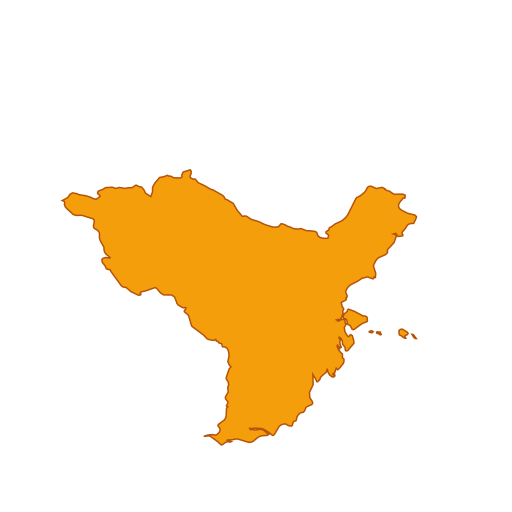 the border of Kalimantan Barat, rotated 231°
{"feature_id": "IDN-1228", "entity_name": "Kalimantan Barat", "entity_type": "Province", "adm_level": 1, "iso_a3": "IDN", "parent_name": "Indonesia", "parent_adm1": "", "projection": "orthographic", "projection_center": [110.805, -0.499], "detail": "fine", "context": "isolated", "style": "filled", "palette": "amber", "viewbox_px": 512, "rotation_deg": 231, "n_neighbors": 0, "source": "natural_earth", "source_scale": "10m", "svg_char_len": 6166}
<svg xmlns="http://www.w3.org/2000/svg" viewBox="0 0 512 512"><g transform="rotate(231 256 256)"><path d="M148.7,101.8L147.6,105.0L146.0,107.8L144.5,109.9L142.3,111.7L141.8,113.4L142.1,116.4L143.4,118.6L144.8,119.5L147.5,119.5L148.5,119.9L148.8,121.0L148.5,128.5L149.5,130.8L150.6,132.3L155.9,136.9L156.3,137.5L156.5,139.2L158.0,138.6L158.4,139.0L159.5,141.6L160.5,142.4L164.0,142.4L165.1,142.9L165.9,143.9L167.7,148.7L171.7,151.4L173.0,153.6L175.5,155.1L179.0,155.5L180.1,156.1L185.2,164.2L185.6,166.8L187.8,166.6L191.6,167.6L195.1,171.9L197.4,173.7L200.1,175.0L203.0,175.4L205.5,174.2L206.5,172.8L209.4,174.1L211.9,172.4L213.2,172.6L215.2,171.6L216.3,172.3L216.7,172.0L216.9,170.4L217.5,169.5L220.8,166.7L222.4,165.9L228.0,165.4L241.4,162.0L242.6,162.1L251.9,166.0L253.2,166.1L257.8,165.2L258.4,165.7L259.6,169.0L260.4,168.6L261.8,166.6L266.8,164.7L268.7,164.7L275.1,166.9L278.7,166.0L283.9,159.7L287.7,158.5L292.5,158.5L294.8,158.0L298.4,148.2L300.5,143.8L300.1,142.6L298.8,142.6L298.5,142.1L298.9,140.6L300.0,139.7L306.9,136.4L313.1,135.3L315.9,133.0L317.4,132.6L335.2,133.5L337.1,134.0L339.2,132.1L340.3,131.7L343.5,132.5L347.4,132.5L349.8,133.6L350.4,134.5L350.4,135.8L349.4,138.3L346.7,140.6L346.3,141.2L346.5,141.7L352.0,140.6L354.3,140.8L356.5,141.8L358.4,143.3L365.4,144.5L368.3,145.5L372.7,149.0L375.4,149.1L379.0,147.8L380.3,147.8L381.6,148.5L384.6,152.1L386.3,152.9L387.7,152.6L397.2,146.3L400.8,141.7L403.2,140.1L411.8,138.8L414.2,138.7L416.4,139.4L418.2,141.2L419.0,141.4L421.0,140.3L420.0,146.0L420.1,147.8L421.0,150.0L420.6,153.1L417.3,155.9L415.3,156.9L409.7,161.8L405.6,164.5L402.6,165.9L400.9,167.3L400.5,168.7L400.5,172.4L401.1,172.7L404.1,172.2L405.2,173.0L405.5,173.8L405.6,174.8L404.3,178.4L403.7,182.3L399.8,187.7L397.2,189.2L396.4,190.2L395.3,192.9L391.0,196.7L389.3,199.9L387.1,202.7L386.7,207.1L386.2,207.7L384.1,208.4L381.5,210.5L377.6,210.5L374.3,209.7L368.4,211.6L371.0,216.0L374.0,218.4L374.8,219.5L376.3,223.2L377.7,230.5L375.8,233.9L374.4,238.0L373.0,238.5L371.6,240.1L368.5,241.3L364.1,246.5L364.1,248.3L365.9,249.6L367.1,252.3L364.3,259.2L362.5,258.9L360.8,257.3L359.5,255.0L358.1,254.3L355.4,255.4L354.0,257.2L349.3,257.2L342.6,260.5L336.5,262.7L334.4,264.2L323.8,268.3L322.2,268.4L319.6,267.9L317.5,269.1L311.2,271.4L303.6,270.2L295.6,270.3L294.7,271.2L294.3,272.4L292.8,273.7L287.4,275.4L281.1,279.7L274.4,282.9L268.5,286.9L267.1,288.1L264.9,291.2L264.7,292.8L265.3,295.4L264.8,296.4L262.1,298.2L258.9,299.3L257.8,300.4L254.4,302.0L252.9,303.1L250.4,305.7L249.1,308.2L244.0,311.1L240.8,314.7L237.6,317.6L236.0,318.0L232.8,316.9L230.3,317.4L228.1,318.8L225.2,322.0L224.7,323.0L224.9,323.6L226.6,325.6L229.8,324.8L230.6,325.4L230.8,326.1L230.4,328.9L231.6,330.3L231.7,331.2L231.2,333.5L231.1,337.7L229.3,344.8L229.4,349.9L230.3,353.3L237.8,369.8L238.0,371.2L237.2,374.7L237.2,380.2L237.8,382.8L239.1,385.5L239.2,387.3L237.8,389.4L232.8,391.9L229.9,397.3L227.1,398.5L227.0,398.1L225.6,398.4L222.4,400.5L217.3,402.0L211.6,409.1L209.4,410.2L207.5,408.5L207.4,407.9L208.3,407.1L207.5,402.4L206.7,400.0L205.0,398.0L202.7,397.4L200.2,397.9L194.0,400.6L187.9,405.2L185.6,405.5L184.3,403.7L182.1,399.1L184.1,396.2L184.7,394.3L184.6,392.6L183.5,389.9L182.5,384.6L182.1,383.9L179.9,383.4L179.3,382.7L181.8,378.6L185.7,378.9L186.7,376.6L184.6,377.9L183.1,377.5L179.5,371.7L178.3,362.9L177.8,361.7L176.2,360.7L175.7,359.7L175.6,357.4L177.6,349.8L177.3,347.2L175.4,342.6L174.4,341.0L167.1,338.1L164.2,335.3L165.4,334.5L164.6,333.7L164.6,332.5L169.5,329.5L171.9,324.5L172.4,319.4L174.0,311.8L174.1,309.2L173.5,306.6L172.5,304.1L171.6,303.0L167.7,301.8L166.8,300.9L167.0,299.7L165.7,299.3L165.2,298.0L166.1,293.6L166.0,292.7L162.1,291.1L160.1,291.1L159.3,290.4L158.5,288.6L157.1,287.9L154.4,284.0L154.0,283.2L154.0,281.0L155.5,279.2L155.8,278.2L154.0,278.7L153.4,279.3L152.8,282.8L150.6,285.0L147.8,283.1L146.3,283.4L144.9,279.6L141.6,277.7L139.4,277.1L135.7,276.8L134.9,277.6L135.5,279.0L135.2,280.2L133.5,280.7L129.3,279.0L126.5,277.2L124.8,267.8L125.2,266.7L125.8,266.1L126.8,266.2L128.9,267.7L133.0,267.8L135.8,269.6L138.1,270.2L140.1,269.9L140.6,269.5L140.4,269.0L137.7,268.8L136.7,267.3L134.8,265.9L131.4,264.9L131.4,264.5L132.2,264.1L131.4,262.9L135.5,263.3L135.5,262.9L134.1,261.9L130.7,261.1L126.7,261.2L125.8,261.6L124.2,260.6L123.0,259.3L120.4,259.4L118.5,257.8L117.5,256.1L116.3,250.7L116.2,248.3L116.3,247.8L118.3,247.7L115.6,243.4L116.2,241.6L114.7,241.2L114.2,241.5L114.2,242.4L113.2,241.9L112.9,240.9L113.8,239.2L117.2,238.3L120.7,238.9L123.6,240.4L121.5,237.5L121.3,231.1L120.9,229.5L119.7,227.6L119.5,225.0L119.8,224.2L120.4,224.2L122.0,224.8L128.1,225.6L120.1,219.5L116.3,211.7L112.1,208.7L107.4,208.2L105.9,207.4L105.4,205.9L106.8,201.0L106.9,199.6L105.0,196.1L104.8,194.5L106.1,191.9L106.1,189.4L105.2,186.7L102.8,183.5L103.6,181.2L103.2,179.8L101.6,177.8L101.5,176.5L103.8,174.4L106.7,173.4L108.1,171.6L109.0,169.1L109.0,166.8L105.8,158.1L105.7,156.7L106.2,155.9L112.1,154.6L116.6,152.9L118.7,151.5L123.1,146.5L124.7,143.8L126.1,142.9L126.1,142.5L124.5,142.4L123.2,144.4L121.4,145.7L118.4,150.8L115.5,152.4L109.3,153.6L109.6,151.7L112.6,147.5L113.4,145.5L113.8,143.6L113.8,136.7L114.6,134.6L115.9,133.0L125.3,126.6L126.5,125.1L128.3,121.6L131.0,118.2L130.9,117.6L130.3,117.6L127.3,120.0L127.5,119.0L129.8,116.8L130.2,115.8L130.6,110.7L131.6,109.9L135.5,109.5L144.8,107.0L146.3,105.6L148.7,101.8ZM155.5,292.1L156.6,293.2L156.6,294.3L151.2,297.6L142.2,301.4L140.2,303.4L138.8,303.8L138.0,303.5L135.6,301.9L135.1,301.1L136.7,296.0L137.2,286.2L137.6,285.1L138.6,284.6L142.7,285.4L145.3,284.2L149.4,286.2L150.4,286.2L152.2,285.0L153.4,285.2L154.3,285.9L155.5,287.8L155.5,292.1ZM108.1,320.2L108.1,322.0L107.1,323.7L101.7,325.6L100.1,325.5L100.0,325.2L99.7,323.7L100.2,322.1L99.9,321.0L97.9,320.6L98.7,319.7L102.8,318.6L104.3,317.8L105.9,318.5L108.1,320.2ZM119.8,301.3L121.0,301.8L120.7,302.6L118.8,304.5L118.5,304.7L118.2,303.7L117.0,303.8L117.1,304.1L116.2,303.9L116.2,303.4L117.0,302.7L118.8,302.3L119.8,301.3ZM91.0,328.6L91.8,327.7L93.7,327.4L97.0,327.9L95.8,328.8L91.0,328.6ZM125.4,296.1L126.0,296.4L125.7,298.0L124.9,299.0L123.5,299.5L123.3,297.8L125.4,296.1Z" fill="#f59e0b" stroke="#b45309" stroke-width="1.5"/></g></svg>